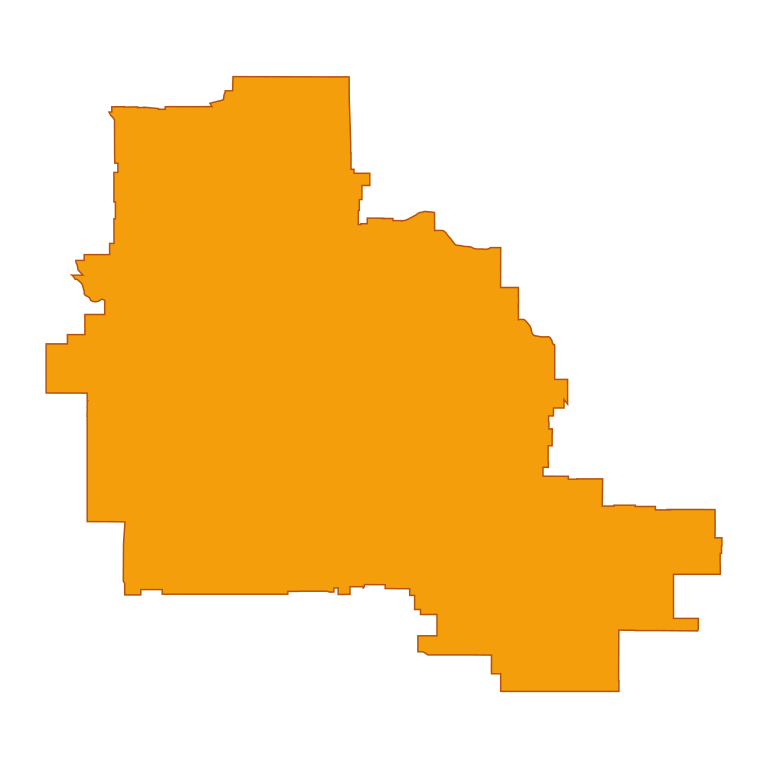 Bridgetown-Greenbushes, Western Australia, Australia (Mercator projection)
{"feature_id": "25037944B12129239120455", "entity_name": "Bridgetown-Greenbushes", "entity_type": "district", "adm_level": 2, "iso_a3": "AUS", "parent_name": "Australia", "parent_adm1": "Western Australia", "projection": "mercator", "projection_center": [116.17, -33.991], "detail": "fine", "context": "isolated", "style": "filled", "palette": "amber", "viewbox_px": 768, "rotation_deg": 0, "n_neighbors": 0, "source": "geoboundaries", "source_scale": "gbopen_adm2", "svg_char_len": 5813}
<svg xmlns="http://www.w3.org/2000/svg" viewBox="0 0 768 768"><path d="M349.1,76.9L328.1,76.9L233.0,76.6L232.6,90.8L225.2,90.8L225.3,91.6L225.2,92.0L224.8,92.9L224.5,93.3L224.4,94.1L224.1,95.0L223.9,95.5L224.0,95.9L224.0,96.5L223.8,96.8L223.5,98.5L223.5,99.4L223.5,99.8L209.9,103.3L212.0,106.6L193.8,106.7L180.9,106.7L170.5,106.6L165.2,106.8L165.3,109.3L158.5,109.3L158.5,108.6L144.3,107.2L144.4,107.5L137.6,107.6L137.6,106.9L124.5,107.1L124.5,106.7L111.8,106.8L111.8,112.0L109.0,112.1L110.3,114.6L110.8,115.4L112.6,117.2L113.0,117.7L113.5,118.3L114.3,119.6L114.5,119.7L114.6,156.5L114.8,163.2L117.9,163.2L117.9,172.4L113.9,172.4L113.9,201.9L115.4,201.9L115.4,218.8L113.9,218.8L114.0,243.4L109.6,243.4L109.6,254.6L84.2,254.6L84.2,260.4L75.8,260.4L76.0,262.4L77.2,265.0L78.1,270.0L81.7,273.9L82.9,275.2L72.9,275.2L71.9,275.1L72.6,275.7L73.3,276.6L73.7,277.0L74.1,277.4L74.2,277.7L74.5,278.0L74.8,278.8L75.0,278.9L75.1,279.0L75.3,279.2L75.5,279.3L76.5,279.3L76.8,279.4L77.2,279.5L77.6,279.7L77.8,279.9L78.2,280.3L79.5,281.5L80.6,282.5L81.6,283.4L81.8,283.7L82.1,284.3L82.7,286.0L83.2,287.8L83.5,289.2L84.0,290.6L84.2,291.0L84.3,291.2L84.3,291.6L84.3,292.4L84.3,292.9L84.1,293.3L84.3,293.6L84.6,294.5L85.2,295.2L85.7,295.6L86.6,296.0L87.6,296.5L89.0,297.4L89.7,298.0L90.0,298.4L90.1,298.7L90.4,299.8L90.4,300.1L90.5,300.3L91.1,300.6L91.9,301.0L93.1,301.5L94.6,301.7L95.2,301.8L96.2,301.7L97.4,301.5L97.9,301.3L98.4,301.1L99.4,300.8L99.9,300.5L100.4,300.1L101.2,299.5L101.5,299.3L102.3,299.3L103.0,299.5L104.0,299.9L104.6,300.6L105.1,301.4L104.7,302.9L104.7,314.5L84.9,314.5L84.9,334.6L67.4,334.6L67.4,343.9L46.1,343.9L46.1,393.0L87.1,393.1L87.2,394.7L87.2,400.9L87.4,400.9L87.2,401.1L87.2,401.3L87.3,401.9L87.3,402.3L87.4,402.6L87.4,402.8L87.3,403.3L87.3,403.6L87.2,404.2L87.2,404.3L87.2,404.6L87.3,405.2L87.3,405.4L87.3,405.6L87.3,405.8L87.3,406.0L87.2,406.4L87.1,406.6L87.1,406.9L87.1,407.5L87.1,407.8L87.1,408.0L87.2,408.3L87.2,408.5L87.2,409.6L87.2,410.0L87.2,411.2L87.2,411.8L87.2,412.2L87.1,412.7L87.0,412.9L87.1,413.8L87.1,414.1L87.1,414.5L87.1,415.0L87.1,415.4L87.0,415.8L87.0,416.1L86.9,416.2L86.9,416.4L87.1,416.6L87.2,416.8L87.2,521.6L113.5,521.7L125.0,521.9L123.5,543.9L123.3,579.0L123.4,581.4L123.4,581.5L123.8,581.9L123.9,582.1L124.1,582.4L124.2,582.6L124.3,582.8L124.6,583.3L124.7,583.5L124.7,583.8L124.7,594.9L140.8,594.9L140.8,589.6L162.2,589.6L162.2,594.2L265.6,594.2L278.9,594.2L286.0,594.2L287.8,594.2L287.8,591.4L298.4,591.4L298.4,591.2L327.3,591.2L329.5,592.1L333.9,592.0L333.9,588.0L338.1,587.9L338.2,594.5L350.0,594.3L350.0,586.7L362.9,586.7L363.3,587.8L363.3,588.0L363.5,587.9L364.2,586.6L364.5,584.6L385.2,584.7L385.2,588.6L395.4,588.6L395.7,588.7L409.7,588.7L409.7,595.4L414.6,595.4L414.6,609.5L420.5,609.5L420.5,614.5L437.0,614.5L437.0,635.8L417.9,635.8L417.9,651.8L423.1,651.8L428.0,654.9L467.6,654.9L491.5,655.1L491.4,670.9L491.5,670.9L491.5,673.8L500.7,673.8L500.6,680.1L500.7,681.5L500.7,691.4L618.9,691.4L618.9,680.5L618.6,680.5L618.8,630.1L635.5,630.3L635.0,630.5L634.7,630.6L659.4,630.6L697.7,630.9L698.3,628.9L698.3,618.4L673.5,618.4L673.5,574.3L720.2,574.3L720.4,572.1L720.1,561.3L720.2,553.4L721.5,553.4L721.5,546.2L721.9,546.2L721.9,537.8L718.5,537.8L716.8,537.9L715.0,537.9L715.1,530.0L715.1,519.6L715.0,519.1L715.1,517.5L715.0,509.6L701.8,509.5L668.5,509.5L669.1,509.9L655.4,509.9L655.4,506.5L635.2,506.5L635.2,505.2L614.0,505.2L614.1,506.1L602.2,506.1L602.7,478.9L576.8,478.9L576.8,479.2L568.4,479.2L568.4,476.3L543.0,476.2L543.0,467.3L548.4,467.3L548.4,462.2L548.1,462.1L548.1,445.8L552.1,445.8L552.1,433.9L552.3,433.6L552.3,428.9L548.9,428.9L548.9,422.0L548.6,421.9L548.6,415.9L553.4,415.9L553.5,410.6L553.5,408.0L564.0,408.0L564.0,399.5L567.6,404.1L567.6,379.4L554.7,379.4L554.7,345.9L554.5,344.6L553.9,344.6L553.4,344.3L553.0,343.8L552.5,343.2L552.5,342.6L552.2,342.0L552.1,341.2L551.7,340.5L551.6,340.4L551.6,339.9L551.4,339.7L551.2,339.6L551.0,339.1L550.7,338.6L550.4,338.1L549.9,337.5L549.5,337.2L548.8,336.9L548.0,336.7L547.8,336.8L546.5,336.8L544.3,336.9L543.1,336.9L542.0,336.8L540.5,336.7L538.0,336.2L535.4,335.8L534.3,335.5L533.5,335.0L532.9,334.3L532.2,333.4L532.0,332.7L531.7,331.8L531.3,330.3L531.1,329.1L531.1,328.6L529.7,325.6L528.3,324.0L527.8,323.4L526.5,321.8L525.1,320.3L524.6,319.9L524.3,319.7L524.0,319.6L522.9,319.4L520.6,319.4L519.3,319.5L518.3,319.7L518.4,319.2L518.4,305.5L518.0,305.5L518.4,304.3L518.5,304.0L518.5,299.6L518.5,298.1L518.4,297.6L518.4,287.5L500.6,287.5L500.7,247.6L491.1,247.6L490.7,247.6L490.1,247.9L489.0,248.5L488.3,248.9L487.4,249.1L486.6,249.2L486.0,249.3L485.6,249.3L483.4,249.1L481.5,249.0L479.5,249.0L478.4,249.0L476.6,249.0L475.8,249.0L475.0,248.7L474.0,248.5L472.9,248.0L471.2,247.1L470.2,246.9L469.6,246.7L468.4,246.7L466.7,246.5L464.8,246.4L464.5,246.4L464.1,246.4L463.0,246.2L462.3,246.0L460.8,245.6L459.9,245.5L457.8,245.4L456.9,245.3L456.1,245.0L455.5,244.7L455.1,244.4L454.6,243.9L450.6,238.6L450.0,237.9L448.8,236.7L448.5,236.3L447.7,235.3L446.9,234.3L446.4,233.6L445.5,232.4L444.8,231.7L444.1,231.2L443.5,230.9L442.9,230.6L442.2,230.5L441.5,230.4L440.5,230.4L439.0,230.4L437.5,230.4L436.1,230.5L435.3,230.6L434.7,230.7L434.5,214.8L434.4,212.5L433.2,212.3L432.6,212.2L430.9,212.0L425.6,211.5L425.1,211.5L424.7,211.5L424.1,211.6L423.1,211.9L422.0,212.2L420.6,212.4L419.9,212.5L419.2,212.8L418.6,213.1L418.0,213.3L417.5,213.7L416.6,214.5L416.0,214.9L414.9,215.5L410.9,217.7L408.3,219.0L406.5,219.9L405.7,220.3L404.9,220.4L403.4,220.6L402.4,220.7L401.7,220.9L401.7,220.6L392.9,220.6L392.9,218.5L382.7,218.5L383.0,218.2L367.2,218.1L367.3,223.7L360.9,223.7L360.9,224.6L358.3,224.6L358.3,210.6L359.3,210.6L359.3,199.6L361.9,199.6L361.9,185.5L369.8,185.5L369.8,173.3L354.0,173.3L354.0,169.3L351.0,169.3L351.0,152.9L350.7,152.9L350.7,142.7L349.2,98.0L349.1,76.9Z" fill="#f59e0b" stroke="#b45309" stroke-width="1.5"/></svg>